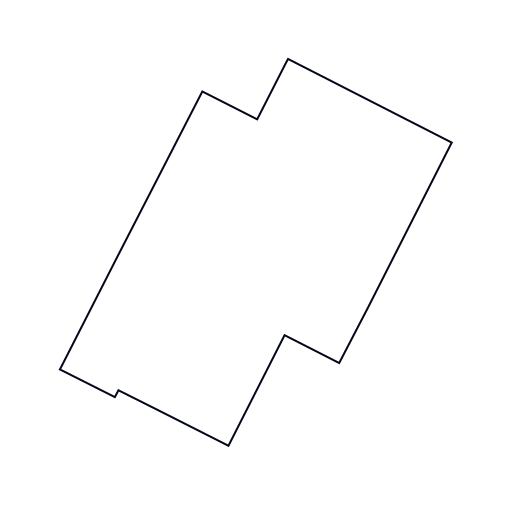 the district of Pawnee, Kansas, United States of America, rotated 297°
{"feature_id": "52423323B20643540439261", "entity_name": "Pawnee", "entity_type": "district", "adm_level": 2, "iso_a3": "USA", "parent_name": "United States of America", "parent_adm1": "Kansas", "projection": "natural_earth1", "projection_center": [-99.239, 38.175], "detail": "fine", "context": "isolated", "style": "outline", "palette": "ink", "viewbox_px": 512, "rotation_deg": 297, "n_neighbors": 0, "source": "geoboundaries", "source_scale": "gbopen_adm2", "svg_char_len": 365}
<svg xmlns="http://www.w3.org/2000/svg" viewBox="0 0 512 512"><g transform="rotate(297 256 256)"><path d="M384.2,379.0L445.9,378.9L446.1,195.1L440.8,195.0L383.9,195.0L378.3,195.0L378.2,133.5L192.0,132.8L65.9,132.8L66.2,194.3L73.9,194.4L74.2,245.7L74.4,317.6L198.4,317.4L198.4,378.7L260.5,379.2L384.2,379.0Z" fill="none" stroke="#020617" stroke-width="2"/></g></svg>